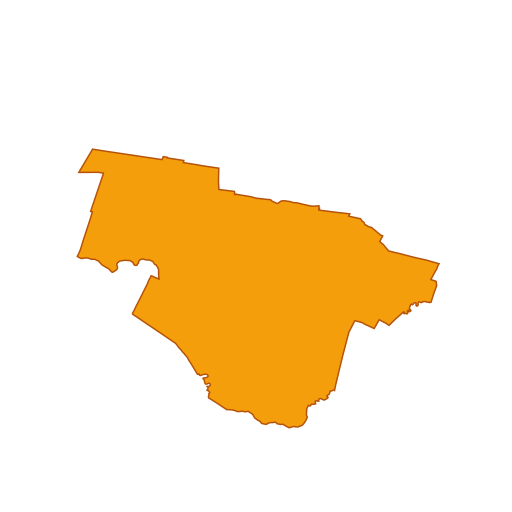 Ciocanesti, Dâmbovita, Romania (Natural Earth projection), rotated 152°
{"feature_id": "2599482B43170479222573", "entity_name": "Ciocanesti", "entity_type": "district", "adm_level": 2, "iso_a3": "ROU", "parent_name": "Romania", "parent_adm1": "Dâmbovita", "projection": "natural_earth1", "projection_center": [25.852, 44.613], "detail": "fine", "context": "isolated", "style": "filled", "palette": "amber", "viewbox_px": 512, "rotation_deg": 152, "n_neighbors": 0, "source": "geoboundaries", "source_scale": "gbopen_adm2", "svg_char_len": 6091}
<svg xmlns="http://www.w3.org/2000/svg" viewBox="0 0 512 512"><g transform="rotate(152 256 256)"><path d="M354.0,134.1L353.5,133.9L349.4,131.4L347.2,129.4L345.7,127.7L345.0,127.1L344.5,126.8L341.7,125.7L340.8,125.2L340.1,124.8L339.4,124.0L338.3,123.3L337.7,123.1L337.1,123.1L336.5,122.8L335.7,122.4L335.2,121.3L333.5,118.3L333.3,117.6L333.2,117.1L333.3,116.0L333.1,115.0L333.3,114.0L333.0,113.2L332.5,112.3L331.8,110.7L331.3,109.7L330.1,108.4L330.0,107.9L330.0,107.2L329.7,105.9L329.2,105.2L327.1,103.3L325.4,102.4L324.0,102.7L323.0,102.5L321.2,102.0L318.9,100.8L317.4,100.6L317.1,100.4L316.9,100.1L316.7,99.5L316.2,98.7L316.1,97.9L315.8,97.6L315.3,97.4L313.8,96.0L311.7,95.0L311.0,94.5L309.3,91.6L308.4,90.2L307.6,89.1L307.3,88.8L306.8,88.6L303.5,88.0L302.7,87.7L300.0,85.8L299.4,85.5L297.4,85.1L295.1,84.9L293.8,85.1L292.7,85.5L289.4,87.2L288.6,87.9L287.0,89.0L286.5,89.6L286.2,90.2L286.2,90.8L286.2,91.5L286.1,92.1L284.3,95.0L283.5,96.0L283.4,97.0L282.3,97.8L281.8,98.1L279.9,99.6L278.8,98.2L277.6,98.5L276.5,99.1L274.6,98.0L272.7,97.5L272.5,99.0L271.8,99.9L270.6,100.0L269.8,98.8L268.6,98.4L268.3,99.3L267.4,100.2L266.3,100.1L265.4,99.2L263.9,97.2L263.1,96.7L260.9,96.7L258.8,97.2L259.1,98.0L259.3,98.9L258.4,99.5L256.6,99.4L254.8,100.9L254.1,101.8L253.0,101.6L251.9,101.2L250.5,101.3L249.7,101.1L249.6,100.6L246.1,104.9L226.5,127.0L209.8,145.1L199.1,152.5L193.7,147.5L191.8,144.5L185.7,136.5L177.1,141.9L174.0,137.2L173.6,136.9L171.1,132.3L162.6,134.8L151.9,137.4L151.6,136.9L151.8,136.6L152.3,136.4L152.4,135.9L152.2,135.6L151.8,135.3L150.8,135.1L150.4,134.7L150.1,134.2L149.7,134.0L149.2,134.1L148.9,134.4L148.6,134.9L148.4,135.7L148.1,136.4L147.6,136.6L146.7,136.4L146.6,136.1L146.8,135.8L147.1,135.5L147.1,135.0L146.8,134.8L146.0,134.7L145.3,134.8L145.0,135.0L144.8,135.8L145.1,136.3L145.2,137.0L145.1,137.7L144.7,138.3L142.8,140.1L141.9,140.5L141.5,140.6L141.3,140.3L141.0,139.8L140.6,139.5L140.0,139.6L139.1,140.2L138.1,140.3L137.4,140.1L136.9,139.4L137.1,138.7L137.6,137.9L137.9,136.8L137.7,136.4L136.9,136.2L136.0,136.5L135.6,137.0L135.1,138.4L134.0,138.9L133.5,138.9L133.0,138.7L132.5,137.6L132.0,137.3L131.3,137.1L130.2,137.1L128.8,136.9L127.6,136.0L126.7,135.0L125.4,134.2L125.1,133.7L124.6,133.4L123.9,133.3L123.2,133.0L119.9,136.2L115.2,140.7L110.2,145.2L110.1,145.4L109.9,146.6L109.2,148.0L109.0,148.8L109.1,149.3L109.2,149.5L112.7,153.1L104.9,158.3L102.8,159.5L101.6,160.5L99.9,162.2L98.0,163.2L107.6,172.5L116.6,180.2L128.9,191.5L131.1,193.3L135.8,197.6L136.4,197.9L137.7,203.5L138.1,206.0L140.0,210.7L134.7,214.2L135.3,215.1L135.9,215.7L136.3,216.3L137.7,219.8L138.4,221.7L138.8,222.6L139.3,223.9L139.9,225.0L140.2,225.9L140.4,226.6L140.6,227.1L141.2,227.3L142.1,228.4L142.8,229.1L143.5,230.0L143.9,231.0L145.0,232.4L145.1,232.8L144.9,235.2L145.7,236.6L145.9,236.9L146.1,239.4L146.3,240.0L146.6,240.2L147.5,240.8L148.8,242.0L155.4,247.6L153.4,249.2L164.9,257.1L178.9,267.0L177.5,268.3L178.1,268.8L176.8,270.6L177.9,271.2L181.9,273.0L184.1,274.4L186.3,276.2L188.2,277.9L189.9,279.3L191.0,280.2L191.5,280.8L195.5,284.2L196.0,284.4L198.5,286.1L200.4,288.1L203.3,290.2L204.0,290.8L205.9,291.9L207.6,292.6L208.2,292.7L209.4,292.6L211.6,292.2L212.0,292.3L212.4,292.4L213.3,293.2L215.4,296.0L216.0,296.7L216.2,297.1L216.3,297.9L216.6,298.5L216.8,298.8L217.5,299.4L218.4,300.0L219.2,300.5L221.2,301.8L226.7,305.6L228.0,306.5L228.1,306.4L230.6,308.7L231.4,309.6L234.8,312.4L243.9,319.3L244.2,319.7L244.4,320.0L245.3,319.8L245.6,319.9L246.0,320.5L245.6,321.3L245.1,321.9L244.8,322.8L244.8,323.2L257.5,332.1L254.5,338.8L247.9,350.6L247.6,351.0L260.5,360.5L266.0,364.8L276.3,372.6L274.9,374.2L288.1,384.1L287.8,384.3L287.9,384.7L291.2,387.3L293.7,385.2L340.5,419.8L350.2,427.1L350.7,426.7L352.2,425.7L353.1,425.2L359.6,421.3L359.9,421.1L360.1,421.0L373.2,413.0L371.3,411.9L370.9,411.8L356.3,404.1L355.9,403.9L351.8,400.8L352.3,400.2L381.1,373.0L379.7,371.8L385.3,366.2L400.4,351.7L407.6,344.5L408.7,343.5L412.3,340.7L413.7,339.8L414.0,339.5L413.8,339.0L411.5,335.8L406.4,333.9L404.6,332.4L402.8,330.3L399.8,328.8L398.9,327.3L397.4,325.5L396.2,320.6L394.7,318.0L392.1,313.9L391.5,311.9L391.0,309.9L390.5,309.1L390.1,308.9L386.2,309.2L384.3,309.9L383.4,311.4L383.2,313.5L381.6,315.0L378.6,315.5L373.4,313.6L370.5,311.7L370.1,311.7L369.6,311.4L369.5,311.2L368.4,309.4L367.8,308.1L367.6,306.9L367.8,306.7L367.8,306.3L367.8,305.8L367.6,305.2L367.5,304.9L367.0,304.4L366.6,304.2L365.6,303.7L364.7,304.2L364.1,304.7L363.1,305.0L362.8,305.2L362.7,305.5L361.9,306.5L360.2,307.0L359.3,307.1L358.1,306.7L356.6,306.0L355.5,304.6L354.6,304.1L353.3,303.1L352.4,302.8L351.8,302.3L350.0,300.0L349.6,299.0L349.5,298.3L349.5,296.6L349.2,296.0L348.6,295.3L348.4,295.2L348.2,292.4L348.2,291.0L348.4,289.9L348.8,288.9L349.7,287.3L351.8,283.0L352.1,281.8L352.4,281.2L354.7,283.8L357.1,287.0L357.9,287.8L358.5,287.2L361.9,285.0L364.0,283.3L364.3,282.9L366.7,281.2L382.3,270.1L385.3,268.1L388.8,265.4L391.7,263.5L392.0,263.2L392.2,262.9L392.2,262.7L392.1,262.1L390.0,258.4L386.0,250.7L383.7,246.3L383.6,245.9L382.9,245.0L368.0,216.6L367.5,214.0L367.4,213.7L367.3,212.2L367.0,210.9L366.9,210.2L366.4,208.9L365.8,205.3L365.2,203.6L365.2,202.7L365.0,202.2L364.6,200.4L364.3,198.6L364.2,197.5L364.3,195.1L364.1,194.1L363.6,186.5L363.2,179.0L363.0,178.9L361.6,178.5L361.8,177.8L361.7,177.0L361.1,176.5L358.4,176.2L356.6,175.6L355.7,175.2L354.8,174.1L354.6,173.6L354.5,173.1L354.5,172.7L354.7,172.3L355.2,172.1L356.6,171.9L357.1,172.0L359.4,172.9L359.9,173.0L360.4,172.5L360.3,172.1L360.0,171.6L359.9,170.9L360.0,170.4L360.4,169.4L360.7,168.3L360.8,166.9L360.4,166.5L360.0,166.2L359.5,166.0L358.0,166.0L357.5,165.9L357.0,165.4L356.6,164.6L356.6,164.2L356.7,163.8L357.4,163.1L358.2,162.9L359.3,163.2L360.0,163.7L360.3,163.7L360.5,163.7L360.3,163.2L360.0,163.0L360.0,162.6L360.1,162.2L360.4,161.8L360.9,161.3L361.5,160.9L362.1,160.7L362.3,160.4L362.2,160.2L361.8,160.0L361.4,159.6L361.1,158.7L360.9,157.3L361.1,157.0L362.3,156.6L362.7,155.5L363.5,154.8L364.1,154.0L364.3,153.4L364.2,152.8L364.3,152.6L363.8,151.9L360.3,145.8L359.5,144.4L354.0,134.1Z" fill="#f59e0b" stroke="#b45309" stroke-width="1.5"/></g></svg>